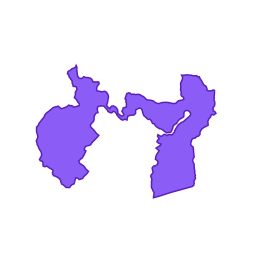 Iúna, Espírito Santo, Brazil, rotated 162°
{"feature_id": "56859067B16281611265313", "entity_name": "Iúna", "entity_type": "district", "adm_level": 2, "iso_a3": "BRA", "parent_name": "Brazil", "parent_adm1": "Espírito Santo", "projection": "mercator", "projection_center": [-41.662, -20.355], "detail": "fine", "context": "isolated", "style": "filled", "palette": "violet", "viewbox_px": 256, "rotation_deg": 162, "n_neighbors": 0, "source": "geoboundaries", "source_scale": "gbopen_adm2", "svg_char_len": 5690}
<svg xmlns="http://www.w3.org/2000/svg" viewBox="0 0 256 256"><g transform="rotate(162 128 128)"><path d="M60.7,161.7L60.4,159.9L60.9,158.1L62.1,156.5L63.2,155.4L64.2,154.2L64.6,152.5L65.2,150.4L66.2,148.3L66.3,145.7L67.4,143.4L67.0,141.5L65.8,140.2L65.9,138.2L67.7,137.7L69.1,138.0L71.5,138.3L72.9,137.8L74.2,136.9L76.4,136.9L78.7,137.9L80.5,139.1L82.7,140.2L84.9,141.0L86.6,141.4L87.9,141.7L89.3,141.7L91.4,141.7L92.7,142.6L94.1,143.6L95.3,145.6L97.5,147.3L99.9,148.2L101.5,149.2L102.3,150.7L103.0,152.2L104.1,153.6L105.2,154.6L106.5,156.2L108.5,157.1L110.3,157.3L111.6,158.2L112.9,158.7L114.5,158.9L115.1,160.4L116.6,161.3L118.7,161.0L119.7,159.4L121.0,157.9L121.8,156.6L121.0,155.2L122.0,153.7L121.8,152.2L122.4,150.5L123.0,148.4L124.5,148.6L126.6,148.4L127.3,146.8L128.7,146.0L128.2,144.3L127.7,142.1L129.0,141.1L130.6,141.4L132.2,143.7L133.2,145.1L132.5,146.9L132.3,149.0L133.3,151.8L135.2,153.5L136.5,153.9L137.9,153.3L139.3,152.1L140.7,154.1L141.3,156.5L139.6,158.5L138.7,160.3L137.9,162.0L137.0,163.3L136.7,165.9L137.4,168.7L138.7,170.1L140.5,170.4L142.1,170.7L143.7,171.8L145.9,172.6L145.9,174.7L144.8,176.8L143.1,178.1L141.8,178.9L141.6,180.7L142.8,181.4L144.1,181.6L145.6,182.2L147.1,182.7L147.1,184.3L147.5,185.7L148.7,187.3L150.8,188.4L152.6,189.1L154.2,190.5L155.7,189.7L157.2,189.4L159.1,190.7L159.8,192.7L159.6,194.9L159.1,197.3L158.5,199.9L157.8,201.5L158.0,203.5L159.3,202.0L161.3,201.7L163.3,201.6L164.5,200.9L165.8,200.6L167.6,200.3L168.8,198.3L168.0,196.6L168.2,194.9L167.7,193.5L167.3,191.9L166.6,190.1L167.2,188.1L167.1,186.3L167.2,184.5L165.7,183.9L164.5,183.2L164.5,180.6L165.9,179.3L167.1,178.2L167.6,176.0L168.7,174.7L169.6,173.4L168.8,172.1L168.1,170.3L167.7,167.8L166.7,166.3L167.4,164.4L169.6,164.4L171.5,164.4L173.1,164.7L174.4,166.5L176.1,167.2L177.4,168.1L178.8,167.4L180.1,167.1L181.8,167.0L183.6,166.8L185.6,167.1L186.6,168.6L187.5,170.3L189.2,170.4L191.1,170.6L193.0,170.5L195.6,169.4L197.5,168.6L199.9,167.8L201.3,167.3L202.9,166.2L204.8,164.1L206.5,163.1L207.7,162.3L209.1,161.2L210.9,160.2L211.8,159.2L213.1,157.8L214.6,157.2L215.3,155.4L216.0,153.2L216.2,151.1L216.2,148.7L216.8,146.7L218.0,145.4L219.3,143.9L219.2,142.1L219.5,140.3L219.1,138.6L219.0,136.2L218.7,134.3L218.1,132.8L218.1,130.3L219.0,128.1L220.7,126.6L221.9,125.4L221.5,123.9L219.7,122.8L219.6,120.9L220.2,119.5L220.4,117.8L219.1,116.9L217.0,116.8L216.0,115.5L215.1,114.2L214.0,113.1L212.6,111.6L212.6,109.9L213.7,108.9L213.9,107.3L213.4,105.5L212.0,104.7L210.8,103.5L209.6,102.0L208.8,100.7L208.3,99.1L208.5,97.0L208.4,95.2L207.2,94.0L206.2,92.3L205.2,90.5L203.9,90.1L201.9,89.4L200.4,90.6L198.9,91.4L196.7,91.5L195.7,92.9L194.5,94.8L193.0,96.8L191.3,95.9L190.4,94.1L188.7,94.0L186.8,94.1L184.9,95.5L182.8,96.5L181.2,97.3L179.0,98.9L179.7,100.3L180.7,101.9L181.3,104.2L182.0,105.9L183.4,107.6L184.9,109.4L185.1,111.8L183.5,112.6L182.3,113.2L180.8,113.6L179.7,114.6L178.1,115.9L176.3,117.9L175.1,119.3L176.3,120.5L175.5,122.3L173.8,123.7L171.9,123.6L170.4,123.4L168.5,123.7L166.9,125.1L165.0,126.2L163.0,127.2L161.3,128.1L159.6,129.0L158.0,130.1L159.4,132.1L160.3,134.2L160.8,135.9L161.8,138.0L163.1,140.2L162.9,142.4L161.4,143.6L159.7,144.4L158.4,145.3L157.4,147.1L157.0,148.8L156.1,149.9L154.8,151.4L153.3,152.1L151.8,151.9L151.7,153.9L151.2,155.7L150.4,157.5L148.4,157.6L147.0,157.3L145.5,156.9L144.0,156.0L143.3,154.2L142.2,151.8L141.9,149.9L140.5,148.3L138.8,147.4L137.0,148.4L135.3,147.3L134.8,145.5L134.4,143.4L133.9,141.9L133.1,140.5L132.5,139.2L131.7,138.0L130.4,137.1L128.2,137.3L126.5,135.9L125.4,137.8L124.4,139.5L122.9,139.3L121.4,139.4L120.1,138.9L118.1,138.5L116.1,139.8L115.7,141.5L114.9,142.9L112.2,143.3L110.4,143.3L109.3,141.9L109.1,140.4L109.1,138.8L109.3,137.1L109.1,134.8L107.7,132.5L106.3,130.0L104.3,129.3L103.7,128.0L103.5,126.4L103.2,124.7L101.7,123.8L101.3,122.0L100.6,120.5L99.7,119.2L98.2,117.6L96.5,116.6L95.2,114.9L94.2,113.3L92.7,111.4L90.7,111.3L88.8,110.6L87.5,111.7L86.6,112.8L85.4,114.2L84.4,116.0L82.2,117.0L80.3,117.3L79.4,118.4L78.1,119.3L76.4,120.3L73.4,120.9L71.5,121.4L70.7,123.5L70.0,125.5L68.5,126.6L66.5,126.6L65.0,125.4L64.0,123.5L64.2,121.4L65.5,120.4L67.0,119.7L68.8,118.9L70.6,118.2L71.9,117.6L73.4,116.9L75.6,116.8L76.9,116.3L78.8,115.7L80.5,114.5L81.9,113.2L83.9,111.6L85.1,109.7L86.5,109.0L87.8,107.9L89.5,108.4L91.5,109.3L93.3,108.8L94.4,110.2L95.7,110.8L97.2,110.3L98.9,109.6L100.3,110.9L101.6,112.4L102.4,111.2L102.2,109.7L101.6,108.1L103.7,107.2L104.8,105.9L103.3,103.7L101.7,102.6L102.6,101.4L104.8,101.0L107.5,100.2L106.6,98.7L105.4,96.8L107.3,95.2L109.0,93.9L110.2,92.4L111.6,89.8L110.2,87.9L110.1,85.6L111.8,84.0L113.6,83.6L115.5,83.9L117.4,82.5L117.7,80.3L117.8,78.2L118.8,77.2L120.2,76.4L121.2,75.3L121.2,73.2L121.3,71.3L122.4,69.4L122.9,67.5L123.5,66.0L124.1,64.2L123.7,62.1L123.6,60.4L123.2,58.4L124.0,56.5L124.8,55.2L125.3,53.8L117.7,53.5L107.4,53.5L85.1,52.5L83.2,53.1L82.2,54.9L81.7,57.1L79.3,59.4L79.4,60.9L78.5,62.1L78.6,64.3L77.8,66.2L77.6,68.2L76.9,71.2L76.3,73.3L76.6,75.4L76.5,77.7L75.2,79.0L74.0,79.9L73.7,81.7L73.3,83.7L73.0,85.2L72.3,87.6L72.0,89.9L73.1,91.5L73.5,93.2L72.8,94.5L71.8,95.9L70.7,97.5L69.2,97.9L67.1,97.7L65.0,98.7L63.5,98.5L61.6,99.6L60.7,102.0L59.1,103.5L57.5,104.5L55.6,105.1L53.1,105.5L50.9,105.9L50.4,107.9L50.0,109.8L48.0,111.9L46.1,112.9L44.5,115.1L42.4,113.9L39.8,114.8L40.4,116.9L41.6,118.0L40.8,121.2L39.0,122.2L37.9,124.1L37.4,126.6L37.5,128.6L36.6,129.8L36.5,131.3L35.6,132.8L34.8,135.1L34.1,137.0L35.3,137.9L36.7,137.6L40.0,138.3L41.2,139.7L40.7,141.2L40.9,143.6L42.6,145.7L43.5,150.6L44.1,152.2L44.4,154.8L45.7,154.8L46.4,156.4L47.8,156.9L49.5,157.3L51.2,158.5L53.7,159.5L55.4,160.3L57.3,160.7L58.8,161.0L60.7,161.7Z" fill="#8b5cf6" stroke="#5b21b6" stroke-width="1.5"/></g></svg>